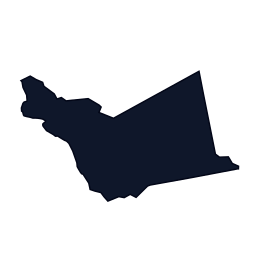 Alameda, California, United States of America, rotated 349°
{"feature_id": "52423323B34460466024259", "entity_name": "Alameda", "entity_type": "district", "adm_level": 2, "iso_a3": "USA", "parent_name": "United States of America", "parent_adm1": "California", "projection": "equal_earth", "projection_center": [-122.096, 37.68], "detail": "fine", "context": "isolated", "style": "filled", "palette": "ink", "viewbox_px": 256, "rotation_deg": 349, "n_neighbors": 0, "source": "geoboundaries", "source_scale": "gbopen_adm2", "svg_char_len": 1098}
<svg xmlns="http://www.w3.org/2000/svg" viewBox="0 0 256 256"><g transform="rotate(349 128 128)"><path d="M32.0,61.1L32.8,62.4L32.7,68.2L34.8,76.3L34.3,80.8L34.2,81.7L33.7,82.5L31.0,82.7L29.6,83.8L27.2,88.0L26.8,91.1L27.7,92.2L27.9,95.3L28.3,96.2L30.7,97.4L34.1,98.8L36.5,100.1L38.3,100.4L40.8,101.0L43.5,101.9L45.9,102.9L48.5,105.2L47.9,106.3L46.2,107.1L45.1,107.9L44.9,109.6L45.4,110.8L47.5,115.0L53.4,120.1L55.2,122.2L57.5,122.5L59.0,124.0L63.3,127.9L65.2,129.1L67.0,131.7L67.1,131.9L69.4,140.0L70.9,150.3L71.2,152.3L70.8,156.2L71.4,158.2L73.0,162.6L73.8,164.1L75.1,164.8L79.0,174.6L79.1,180.1L79.1,181.1L83.5,183.6L89.1,186.2L91.4,191.0L94.3,195.9L105.9,193.6L111.0,195.6L117.5,193.5L122.7,197.6L136.1,188.7L138.9,188.2L182.2,188.8L228.4,189.0L228.6,189.1L229.2,186.6L223.6,182.7L221.0,175.5L212.2,174.1L208.8,170.3L208.5,108.5L208.5,85.9L203.8,87.4L135.3,109.4L115.6,115.7L102.4,107.2L105.6,102.3L104.0,100.0L94.5,91.6L80.3,90.3L78.6,90.1L72.4,89.6L68.4,85.4L63.8,86.0L62.1,80.5L53.4,71.0L52.9,66.9L47.0,62.9L41.9,58.4L32.0,61.1Z" fill="#0f172a" stroke="#020617" stroke-width="1.5"/></g></svg>